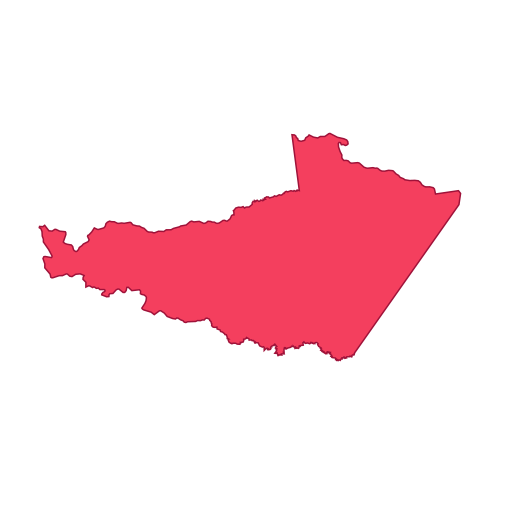 Canutama, Amazonas, Brazil, rotated 82°
{"feature_id": "56859067B47239543659511", "entity_name": "Canutama", "entity_type": "district", "adm_level": 2, "iso_a3": "BRA", "parent_name": "Brazil", "parent_adm1": "Amazonas", "projection": "robinson", "projection_center": [-63.96, -7.456], "detail": "fine", "context": "isolated", "style": "filled", "palette": "rose", "viewbox_px": 512, "rotation_deg": 82, "n_neighbors": 0, "source": "geoboundaries", "source_scale": "gbopen_adm2", "svg_char_len": 6154}
<svg xmlns="http://www.w3.org/2000/svg" viewBox="0 0 512 512"><g transform="rotate(82 256 256)"><path d="M311.6,332.9L312.4,324.9L311.8,323.0L312.3,319.9L311.8,317.8L312.2,316.2L310.8,314.6L310.7,313.2L312.1,310.9L313.3,310.8L314.7,309.7L316.3,309.6L316.9,309.2L318.6,309.6L319.7,309.1L320.5,308.3L321.0,306.5L321.0,304.6L322.8,304.7L324.3,301.8L325.8,301.6L326.7,299.7L328.7,297.9L329.5,297.7L329.9,296.3L332.3,295.8L333.8,296.0L334.1,295.6L333.7,295.3L334.4,294.6L334.4,295.0L335.6,295.2L337.7,294.6L339.4,292.5L339.1,291.9L339.5,291.4L339.2,290.6L339.6,288.2L340.6,287.0L341.2,284.2L339.5,283.4L339.8,282.5L339.6,282.1L339.4,282.4L339.4,280.7L338.0,279.9L336.7,279.8L336.7,278.2L335.5,276.7L336.2,276.5L336.0,275.8L337.2,274.4L338.3,274.5L338.5,272.1L339.4,271.6L339.2,270.6L339.6,270.0L342.0,269.3L342.1,268.8L341.3,268.5L341.8,268.1L342.3,265.9L345.5,264.9L347.1,262.3L346.9,261.2L347.7,260.6L350.6,261.0L348.9,258.9L349.0,257.6L350.3,257.6L350.6,257.0L350.5,256.6L349.7,256.6L350.6,255.6L350.5,255.0L349.8,254.1L348.5,254.2L347.8,253.5L348.0,253.1L347.5,253.1L347.0,251.7L347.1,250.8L346.8,251.0L345.9,249.6L348.5,248.0L348.9,249.0L349.9,249.6L350.9,248.2L351.7,249.1L352.2,248.7L352.9,248.9L354.9,250.9L355.2,249.8L354.9,248.6L357.7,248.1L357.6,247.4L357.0,247.4L357.6,244.4L356.7,244.8L356.5,244.3L356.8,241.8L355.4,242.2L355.6,241.6L352.8,241.4L350.7,240.6L350.9,239.5L352.1,239.6L352.3,239.0L351.6,237.5L351.2,234.2L350.3,233.3L351.0,231.5L350.6,231.5L352.0,230.4L351.8,229.9L352.8,230.2L352.5,229.0L353.0,229.0L352.8,228.0L353.4,227.1L353.0,226.3L351.1,225.7L351.5,224.9L350.9,224.9L350.9,221.6L348.4,221.6L347.7,220.5L349.4,219.4L349.3,217.1L350.4,215.0L349.9,214.1L349.2,213.9L349.4,212.8L350.1,211.8L350.3,212.2L350.9,211.1L350.6,210.2L350.9,209.9L350.1,209.5L350.0,208.7L350.2,207.7L351.5,206.7L352.3,207.3L354.2,206.5L356.0,204.5L356.3,205.0L357.2,204.1L358.3,205.0L358.9,203.6L359.4,203.2L359.7,203.6L360.1,202.2L360.5,201.9L360.6,202.8L362.6,200.4L361.9,199.8L362.3,199.4L360.8,198.9L360.8,198.4L361.6,198.2L361.2,197.2L361.5,196.7L362.4,196.8L362.0,195.7L363.0,195.8L363.1,196.5L364.9,194.9L365.8,195.8L366.3,194.7L366.9,195.0L367.2,194.6L368.1,191.6L368.5,191.3L369.3,191.5L369.2,191.0L370.5,190.9L370.8,190.4L370.0,189.9L370.9,189.0L370.5,188.7L370.5,188.0L371.1,187.1L369.8,186.1L369.9,185.0L368.8,185.0L369.1,183.3L368.3,183.0L368.5,182.5L369.7,182.2L369.5,180.6L369.0,180.9L368.4,180.1L368.8,177.3L368.2,176.8L369.2,175.5L369.1,175.0L367.9,174.9L367.4,174.3L367.6,173.4L367.0,172.9L367.3,172.5L365.6,171.8L233.4,47.9L222.5,44.7L219.5,46.4L219.6,69.6L214.4,70.0L213.0,71.0L211.7,74.3L211.2,78.2L210.5,79.7L208.6,81.8L205.9,83.0L204.1,84.8L203.2,88.3L202.7,93.2L201.2,98.1L200.1,99.0L198.2,102.3L196.0,103.6L194.2,105.9L190.9,108.2L190.4,109.3L189.6,112.8L189.9,116.7L189.4,119.6L188.3,121.3L186.1,123.3L185.7,124.3L185.7,125.6L184.8,127.9L184.6,133.3L184.2,134.6L183.0,136.8L178.4,140.7L177.7,142.3L177.4,148.4L176.8,149.8L174.6,151.5L173.9,153.2L173.6,155.8L171.5,157.1L170.1,157.3L168.0,156.9L164.2,158.2L159.5,159.1L156.0,158.8L155.1,157.9L155.5,156.6L157.7,156.0L157.8,153.8L159.0,152.2L158.8,150.7L157.8,149.2L155.4,149.2L153.7,150.1L152.1,152.7L149.8,158.8L144.9,165.7L145.0,166.9L147.2,171.1L146.6,175.7L147.7,178.4L146.3,182.5L143.5,186.6L144.4,187.3L145.9,190.3L148.2,191.7L148.7,195.4L147.5,198.1L145.4,198.4L144.4,199.5L142.7,199.9L141.5,201.0L140.9,203.5L197.3,204.0L196.5,205.9L197.1,206.3L196.7,206.6L197.5,207.7L196.5,209.2L197.1,210.1L196.2,212.3L196.9,215.7L196.2,217.0L196.6,218.3L197.9,219.3L197.6,220.0L198.7,221.1L199.3,222.7L198.6,224.5L199.8,227.7L199.0,229.4L199.8,230.4L200.4,234.6L199.3,235.4L198.9,237.5L199.5,238.1L199.7,239.5L200.2,239.7L201.1,239.0L200.9,241.0L201.8,240.6L202.2,241.6L201.2,243.5L202.3,244.8L202.3,245.7L200.9,247.1L201.7,248.6L201.4,249.0L202.0,248.8L202.2,249.7L201.5,250.2L201.4,251.2L202.9,252.4L204.4,252.6L206.5,256.0L206.2,259.0L206.9,260.7L205.3,261.9L205.8,264.0L205.2,266.6L205.7,269.4L207.5,271.2L207.9,272.1L209.3,271.8L212.2,272.1L212.0,272.9L212.5,274.5L215.6,276.5L217.4,279.5L217.3,280.5L216.3,282.1L216.2,283.7L218.2,287.8L218.3,289.7L218.0,290.8L216.7,292.5L216.3,294.8L215.5,296.0L214.9,298.7L216.3,301.2L216.5,303.1L213.8,307.4L213.6,312.8L212.5,314.9L212.8,316.4L215.6,320.8L215.8,326.5L216.4,327.5L217.2,333.9L218.2,336.5L217.6,341.3L218.9,343.8L217.9,349.1L218.9,353.1L218.7,354.6L218.0,355.4L217.3,359.1L216.4,360.4L213.0,363.0L211.8,365.3L210.2,367.2L209.6,369.9L208.0,373.6L205.6,375.1L205.1,376.0L205.3,382.0L204.6,384.5L204.6,387.3L204.3,388.7L202.4,391.5L201.9,394.3L201.1,396.2L201.8,398.4L203.1,400.1L205.7,401.2L207.0,402.8L207.8,408.4L207.5,409.5L205.7,412.2L209.3,415.3L211.9,418.6L212.2,419.7L213.1,420.1L216.8,419.0L218.4,420.2L220.1,425.3L221.5,426.9L223.0,429.8L224.8,430.8L226.3,432.5L226.6,433.6L225.4,435.3L224.1,435.9L221.1,436.2L219.4,437.3L218.0,441.6L216.9,443.6L215.4,444.9L208.3,441.3L206.3,441.1L205.4,441.5L204.1,446.9L201.8,450.4L201.6,451.5L203.0,454.4L202.2,457.6L196.2,461.0L197.3,463.0L196.6,466.2L197.8,466.7L199.1,465.2L202.1,464.5L206.5,464.9L209.6,464.2L212.5,464.6L220.6,460.5L227.4,458.0L228.4,458.1L229.1,458.8L227.1,465.0L227.2,466.2L228.9,467.3L234.5,466.2L238.3,466.8L245.3,462.4L248.4,462.2L249.1,461.4L249.3,460.3L248.1,453.7L248.5,450.4L247.3,446.3L247.7,445.2L250.1,443.2L250.8,441.1L249.0,437.1L249.2,432.6L251.4,428.9L253.0,430.1L255.0,430.6L258.3,428.1L263.1,428.8L262.2,425.9L262.5,424.8L264.5,422.2L264.1,421.2L264.4,420.1L265.8,418.7L265.9,416.5L267.5,415.3L268.1,411.0L268.8,410.3L269.8,410.5L270.4,411.3L270.6,412.4L272.0,413.9L273.0,414.2L275.6,409.6L275.7,407.3L273.8,406.9L273.0,406.1L273.2,402.9L270.0,399.1L269.5,397.5L269.7,396.3L273.6,392.7L273.8,391.2L273.2,390.3L272.0,389.3L269.1,388.3L269.2,386.8L273.0,383.8L273.2,376.1L274.7,375.2L277.2,375.7L278.0,374.8L279.1,372.1L280.7,370.6L282.0,370.3L284.9,371.1L287.5,372.6L291.7,376.3L292.8,375.8L293.8,374.6L297.0,367.7L299.9,364.9L296.8,359.2L297.0,357.9L299.8,354.7L303.5,352.4L306.3,347.3L307.2,344.5L306.4,343.2L306.7,341.8L308.6,339.7L310.1,337.1L311.5,336.3L312.1,334.7L311.6,332.9Z" fill="#f43f5e" stroke="#9f1239" stroke-width="1.5"/></g></svg>